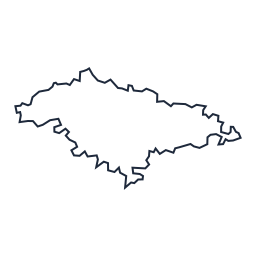 Yakkabag, Kashkadarya, Uzbekistan (Natural Earth projection)
{"feature_id": "79887680B77871690978000", "entity_name": "Yakkabag", "entity_type": "district", "adm_level": 2, "iso_a3": "UZB", "parent_name": "Uzbekistan", "parent_adm1": "Kashkadarya", "projection": "natural_earth1", "projection_center": [66.844, 38.854], "detail": "fine", "context": "isolated", "style": "outline", "palette": "slate", "viewbox_px": 256, "rotation_deg": 0, "n_neighbors": 0, "source": "geoboundaries", "source_scale": "gbopen_adm2", "svg_char_len": 1596}
<svg xmlns="http://www.w3.org/2000/svg" viewBox="0 0 256 256"><path d="M240.6,137.8L238.6,133.1L235.9,131.8L233.2,126.9L230.8,126.8L230.6,132.0L228.4,134.0L221.1,132.0L221.2,126.5L223.2,122.6L218.0,121.2L218.4,115.8L212.9,114.1L208.8,117.9L205.8,114.5L203.0,114.7L203.2,110.1L205.7,106.3L196.5,104.8L191.8,107.4L185.4,104.1L173.4,103.5L170.9,106.2L163.9,101.1L157.1,101.8L157.3,94.2L153.1,91.4L146.3,88.7L142.0,91.4L133.7,90.5L131.9,85.9L128.5,85.2L127.8,90.7L122.0,88.4L118.0,88.0L110.5,79.6L104.8,82.8L97.8,80.5L92.7,74.8L89.1,68.4L86.9,69.8L83.8,71.0L80.2,71.9L79.7,81.0L74.0,79.1L69.8,85.0L66.4,83.5L57.5,84.4L55.8,82.7L53.8,83.2L52.5,86.6L48.5,89.9L39.2,91.6L32.5,97.2L30.6,104.2L28.0,105.3L22.3,103.2L20.5,105.7L15.4,106.2L16.8,112.8L20.1,112.1L20.8,115.3L19.6,122.1L27.9,121.0L33.0,121.1L37.7,126.5L42.8,124.8L50.1,120.2L58.4,118.8L61.0,124.9L54.3,127.2L54.4,131.7L59.2,133.1L65.5,128.7L68.9,132.0L65.8,135.6L69.5,139.7L75.3,142.5L77.1,146.8L71.4,150.3L74.0,155.4L79.6,155.8L84.8,151.4L87.6,156.5L96.7,155.4L97.9,159.4L96.2,167.3L103.8,161.7L108.0,163.1L108.1,170.3L114.5,172.0L118.9,167.6L120.1,172.7L126.2,176.0L125.1,187.6L131.1,182.5L134.3,183.1L138.1,179.5L142.6,179.4L143.0,176.0L139.8,174.0L133.2,173.3L132.5,167.7L145.3,168.4L149.1,164.5L146.3,160.2L149.0,156.3L149.4,151.0L153.7,152.2L155.6,148.5L159.8,153.9L165.8,150.1L173.4,152.7L175.2,148.3L179.2,147.3L190.5,144.0L193.9,146.4L199.5,147.9L207.3,144.2L207.5,137.3L210.5,134.8L216.1,134.1L221.7,137.0L218.5,144.5L223.1,144.1L225.6,139.2L228.3,140.9L233.1,140.5L240.6,137.8Z" fill="none" stroke="#1e293b" stroke-width="2"/></svg>